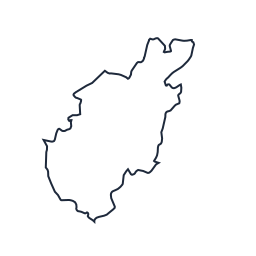 SVG path tracing the border of Oppland, rotated 249°
{"feature_id": "NOR-920", "entity_name": "Oppland", "entity_type": "County", "adm_level": 1, "iso_a3": "NOR", "parent_name": "Norway", "parent_adm1": "", "projection": "orthographic", "projection_center": [9.47, 61.271], "detail": "fine", "context": "isolated", "style": "outline", "palette": "slate", "viewbox_px": 256, "rotation_deg": 249, "n_neighbors": 0, "source": "natural_earth", "source_scale": "10m", "svg_char_len": 3325}
<svg xmlns="http://www.w3.org/2000/svg" viewBox="0 0 256 256"><g transform="rotate(249 128 128)"><path d="M203.4,180.7L203.3,180.8L201.9,182.7L201.7,183.2L201.6,184.0L201.7,185.4L201.7,186.2L201.5,187.2L201.3,187.7L200.8,188.2L191.5,191.9L188.8,191.1L188.4,190.9L187.3,189.8L186.8,189.2L186.2,188.7L185.5,189.3L185.4,189.8L184.9,192.5L184.4,194.1L184.2,195.1L184.3,195.6L184.6,195.8L189.4,196.3L190.3,196.6L191.4,197.8L194.0,201.4L194.1,202.8L194.0,203.2L193.8,204.0L190.0,210.2L189.3,211.6L188.4,214.4L187.6,218.4L187.4,218.7L187.2,219.1L186.3,218.7L185.7,218.8L184.6,219.7L182.3,219.6L179.5,217.3L173.0,213.1L172.2,212.3L170.2,209.5L169.1,207.7L166.3,201.5L165.8,200.0L165.4,198.5L163.9,190.9L163.3,188.9L162.3,186.6L160.8,183.6L160.2,181.9L159.6,180.7L158.2,178.8L154.2,178.6L153.9,178.9L153.7,179.4L154.1,179.9L154.4,180.6L154.3,181.3L153.9,182.1L153.5,182.3L150.2,183.4L149.3,184.1L148.7,185.1L148.6,186.3L148.7,187.8L149.6,191.6L149.7,192.9L146.4,192.2L142.7,190.5L141.9,189.6L141.5,188.6L141.2,187.5L140.6,186.6L139.7,186.4L135.4,186.0L134.0,185.6L132.7,184.7L132.6,181.1L132.1,179.7L129.1,174.0L129.1,172.1L129.3,170.9L129.2,169.9L128.8,169.1L128.3,168.5L127.5,167.9L124.9,166.8L115.2,160.3L112.1,157.6L106.0,156.1L102.9,154.5L101.7,153.3L101.5,152.7L101.3,151.7L101.2,150.9L101.0,150.5L100.9,150.3L100.6,150.0L99.2,149.0L94.9,147.1L92.0,145.3L90.2,143.5L87.9,140.5L87.1,140.9L84.5,144.1L84.0,141.2L79.7,134.6L79.0,132.9L78.7,131.6L78.8,131.0L79.1,130.2L82.4,126.8L85.2,122.4L84.8,120.5L84.0,119.1L83.2,118.2L82.9,117.4L82.8,116.9L82.9,115.0L83.8,114.2L89.5,113.2L88.2,110.8L85.5,107.1L77.8,103.1L77.3,102.6L75.8,99.9L75.2,98.2L74.7,96.6L74.6,95.2L74.5,94.0L74.4,91.4L74.2,90.4L73.6,89.4L72.8,88.6L71.6,88.0L68.5,87.2L59.3,87.5L58.2,86.9L57.3,84.9L55.8,80.3L54.7,77.1L54.7,76.1L54.7,74.2L55.4,69.2L55.5,66.8L55.2,65.6L54.8,64.7L54.2,63.9L53.8,63.5L53.4,63.3L52.6,63.0L54.5,62.1L57.9,59.6L59.3,59.0L60.2,58.9L61.3,59.8L62.0,60.1L63.0,60.1L63.6,59.8L63.9,59.4L63.6,58.1L63.7,57.3L64.5,56.4L66.4,54.5L67.5,52.9L68.3,51.5L68.9,51.1L69.7,50.8L70.6,50.7L71.3,50.8L72.6,51.6L75.1,52.3L77.6,52.0L79.6,50.5L80.6,49.3L81.6,47.8L82.1,46.7L84.1,40.9L84.5,39.9L84.9,39.5L85.6,39.3L90.5,38.6L94.7,36.9L103.8,36.4L111.6,36.3L116.0,37.8L118.0,37.9L120.6,37.1L126.5,39.6L134.8,43.1L136.7,44.5L140.0,45.9L147.1,44.9L142.8,51.5L142.3,52.9L142.4,54.4L143.5,55.6L148.7,59.1L151.2,61.4L151.8,62.2L152.0,63.0L151.8,63.7L149.1,65.4L148.6,66.0L148.2,66.9L148.0,67.6L147.9,68.1L147.9,68.3L148.2,70.1L148.2,71.0L148.0,72.4L148.1,73.4L148.3,74.1L150.1,75.7L153.8,76.7L155.6,78.0L156.0,76.9L155.9,76.6L155.8,76.4L155.7,76.2L155.6,75.9L155.8,75.6L157.4,75.3L158.9,76.1L159.8,80.8L158.2,85.1L158.0,88.3L166.7,91.1L167.4,91.5L168.0,92.3L169.8,93.7L171.0,94.3L171.4,94.2L174.2,91.3L174.9,90.3L175.9,89.7L177.8,89.0L178.5,89.0L178.9,89.3L179.4,89.8L180.1,92.1L182.4,104.5L182.9,110.7L189.7,126.9L186.8,128.8L185.5,130.3L185.2,131.4L185.0,131.9L181.5,138.5L180.1,140.4L175.9,144.6L175.5,144.7L175.1,145.0L174.0,145.6L174.1,146.5L174.5,147.3L176.8,149.9L179.2,151.1L180.2,152.0L185.5,159.6L185.9,160.9L185.7,161.7L185.0,163.0L184.8,163.7L184.9,164.5L185.2,165.4L185.5,166.2L187.2,167.9L187.7,168.2L188.0,168.2L188.7,169.1L198.6,175.7L201.9,178.7L202.0,178.9L202.7,179.2L203.4,180.7L203.4,180.7Z" fill="none" stroke="#1e293b" stroke-width="2"/></g></svg>